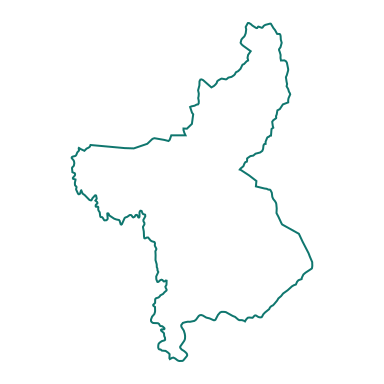 Gia Nghia, Đắk Nông, Vietnam
{"feature_id": "81297802B66925040014305", "entity_name": "Gia Nghia", "entity_type": "district", "adm_level": 2, "iso_a3": "VNM", "parent_name": "Vietnam", "parent_adm1": "Đắk Nông", "projection": "natural_earth1", "projection_center": [107.695, 12.013], "detail": "fine", "context": "isolated", "style": "outline", "palette": "teal", "viewbox_px": 384, "rotation_deg": 0, "n_neighbors": 0, "source": "geoboundaries", "source_scale": "gbopen_adm2", "svg_char_len": 5962}
<svg xmlns="http://www.w3.org/2000/svg" viewBox="0 0 384 384"><path d="M245.0,321.4L246.2,319.4L247.7,317.8L249.1,317.5L252.4,317.8L252.8,317.6L254.1,316.1L255.1,315.4L256.0,315.5L258.2,316.9L259.1,317.2L260.2,317.4L261.6,317.2L262.2,316.4L263.3,314.3L265.0,312.5L269.2,309.1L269.9,307.6L270.8,306.6L271.6,306.0L272.9,305.4L273.9,304.4L277.1,300.6L278.4,298.4L281.1,296.1L283.1,293.5L287.6,290.3L292.0,286.3L293.9,285.2L295.9,284.5L297.1,281.7L298.5,280.2L301.6,279.1L301.9,277.6L303.4,274.5L305.5,272.7L311.7,268.6L312.0,268.1L312.3,265.9L312.2,262.1L309.8,256.5L308.6,253.3L302.6,241.7L298.9,233.8L282.2,224.5L281.6,223.6L278.3,216.5L276.5,213.1L276.7,208.4L276.3,204.1L276.0,202.9L275.1,201.3L273.3,199.1L272.5,197.4L272.3,196.8L271.8,192.7L270.5,190.2L269.9,189.7L268.3,189.6L266.7,188.8L264.5,188.5L255.9,186.4L256.4,181.0L249.1,175.4L240.7,169.9L239.8,169.6L240.5,168.6L243.4,166.2L244.4,163.6L245.3,162.2L245.6,162.0L246.8,161.7L247.1,160.7L247.1,158.5L247.4,158.2L250.4,156.1L253.3,155.6L255.5,153.7L260.1,152.5L262.3,150.9L263.1,148.9L263.5,145.3L264.4,144.0L265.6,143.9L265.6,141.7L267.1,137.9L267.6,137.2L268.7,136.9L269.8,135.8L271.0,135.6L271.5,129.2L271.7,128.8L273.3,127.7L272.8,126.1L272.2,121.8L273.2,120.3L276.1,118.2L276.2,117.7L276.0,116.1L276.7,114.5L277.4,110.4L279.8,109.1L282.9,104.4L288.2,102.4L288.2,100.0L288.5,98.3L290.2,94.4L289.9,93.3L288.9,91.6L288.2,89.1L286.6,86.3L287.1,84.0L286.6,81.9L285.9,77.2L286.8,75.2L288.1,70.6L288.2,69.2L286.9,62.8L286.1,61.4L284.5,60.4L281.0,60.5L280.5,58.0L280.6,55.0L279.9,52.4L279.0,49.9L279.1,49.2L280.5,47.2L281.7,42.8L280.8,39.6L280.6,36.0L280.3,34.9L280.1,34.4L279.6,34.0L277.1,33.9L275.0,30.0L273.5,28.2L270.9,23.8L270.2,23.6L265.3,24.9L263.7,25.9L262.6,27.5L261.9,27.8L258.5,26.6L258.1,26.7L257.2,28.0L256.7,28.1L256.0,27.9L252.3,25.5L250.8,24.1L248.9,23.0L247.8,23.1L245.7,27.0L246.2,29.3L245.7,33.3L244.7,35.8L244.1,36.7L242.6,38.1L241.4,39.6L240.6,42.8L241.6,44.4L243.2,45.8L250.7,51.2L248.1,54.9L247.5,58.0L247.9,59.1L248.1,60.5L246.6,61.3L244.1,64.0L242.5,64.7L240.5,68.8L238.2,71.1L235.9,72.3L234.8,74.4L233.9,75.3L231.5,76.9L228.4,77.6L226.8,79.0L226.0,79.4L221.7,78.6L220.9,78.9L218.4,80.3L217.2,81.3L216.7,83.0L215.5,84.5L213.9,86.0L211.4,87.4L203.2,80.2L201.6,79.4L200.4,79.6L199.5,81.3L199.4,85.4L198.1,90.3L198.8,93.6L198.6,96.3L198.2,98.0L198.8,101.1L198.7,103.3L198.0,104.4L196.6,104.6L194.6,105.7L191.3,106.4L190.1,107.0L192.0,112.7L193.2,114.3L191.9,123.9L186.9,128.7L183.5,128.5L183.5,130.1L184.3,132.7L185.5,135.3L171.3,135.3L169.7,139.8L168.5,141.0L164.2,139.9L154.4,138.2L152.9,138.7L152.2,139.1L147.3,143.8L133.8,148.4L124.7,148.1L90.5,145.0L90.0,146.3L89.6,146.9L88.5,147.7L86.6,148.6L84.4,150.8L80.8,149.1L78.9,147.9L78.7,148.2L79.0,150.2L78.9,150.7L77.3,152.4L76.3,154.9L75.9,155.5L75.2,156.0L72.7,156.6L71.9,157.1L71.7,157.5L71.7,158.1L73.7,160.5L74.1,161.8L74.3,163.2L73.9,165.5L73.5,166.2L72.4,167.2L72.0,168.0L72.4,172.2L74.7,173.2L75.1,174.1L74.9,175.4L72.9,177.8L72.9,178.6L73.3,178.9L75.5,179.5L75.5,180.0L74.9,182.6L74.9,184.2L75.1,185.4L76.4,186.7L76.5,187.7L76.2,188.4L76.1,189.5L77.9,193.4L78.4,194.1L78.9,194.3L79.9,193.8L80.2,193.2L81.0,190.5L81.3,190.4L82.6,193.6L84.7,195.1L89.4,199.9L90.5,200.3L91.3,200.3L91.7,199.8L92.4,198.3L95.0,195.4L95.7,195.3L96.1,195.6L96.7,198.5L96.5,199.1L95.4,200.6L97.1,202.0L97.4,202.8L97.4,203.3L96.0,204.7L95.7,205.2L95.7,206.4L96.1,206.8L97.7,206.6L98.1,206.9L98.3,207.3L98.2,209.2L98.5,210.5L99.7,212.3L100.2,216.2L100.5,216.9L100.9,217.1L102.0,217.1L102.6,217.6L104.2,220.2L104.7,220.4L106.5,220.2L107.5,219.2L107.7,218.5L107.3,214.2L107.3,213.5L107.7,213.3L108.0,213.3L108.5,213.6L109.4,215.5L114.2,218.7L116.4,219.5L119.0,220.0L119.6,220.7L120.7,224.3L121.3,224.6L121.9,224.2L124.6,218.1L125.3,217.5L127.3,216.8L129.6,215.1L130.9,215.0L131.5,215.4L132.8,217.2L133.3,217.4L134.6,216.8L135.6,215.1L136.7,214.9L137.2,215.2L138.2,217.2L138.5,217.5L139.2,217.4L139.5,216.7L139.5,212.2L140.3,210.8L140.7,210.7L141.6,211.0L142.5,213.3L143.0,214.0L145.1,214.7L145.3,216.2L144.8,217.3L143.4,219.8L143.4,220.6L143.5,221.4L144.4,222.9L144.4,224.4L143.0,226.8L143.0,227.3L143.8,231.5L144.0,236.3L144.3,238.1L144.6,238.3L145.3,238.3L147.0,237.5L148.1,237.5L150.6,240.5L151.9,241.3L154.4,242.0L155.0,243.2L154.8,245.4L155.1,246.3L156.3,248.6L156.3,249.4L155.4,251.2L155.6,255.1L155.5,260.1L156.7,264.3L156.8,267.2L157.4,268.5L157.5,270.4L158.3,272.0L156.2,276.5L156.3,279.1L156.7,280.3L157.4,281.9L157.8,282.0L158.5,281.8L160.1,280.3L161.4,279.7L162.4,280.0L163.7,281.4L164.6,281.4L165.8,280.5L166.6,280.7L166.5,284.3L166.3,285.2L165.4,286.6L165.6,287.6L166.6,289.6L166.6,290.2L166.4,290.6L164.3,292.4L163.1,293.9L160.3,295.4L159.8,296.3L158.5,297.5L156.1,298.2L155.2,299.2L155.1,302.9L153.2,304.8L153.2,305.4L153.4,305.8L155.0,307.0L155.1,311.1L154.9,312.3L154.3,314.1L152.1,316.6L151.0,319.5L151.0,321.0L151.7,322.1L152.3,322.5L153.1,323.0L157.9,323.2L159.0,323.9L160.0,325.7L160.4,326.0L162.1,326.2L162.9,326.7L164.3,328.0L164.5,328.5L164.4,329.0L164.0,329.3L161.6,329.4L161.0,329.9L161.1,330.6L163.7,332.9L164.0,333.4L164.2,336.0L165.0,337.8L165.1,339.8L164.6,340.3L161.7,341.2L159.6,342.7L158.7,343.7L158.3,345.1L158.2,347.3L158.5,348.5L158.9,349.1L159.4,349.4L160.6,349.5L161.9,350.6L165.6,350.9L168.3,352.8L169.6,354.2L169.4,358.2L169.9,359.1L172.0,357.9L173.4,357.6L175.2,358.5L177.6,360.4L179.2,361.0L182.4,360.9L183.3,360.4L186.6,356.4L187.1,355.6L187.2,355.0L186.8,353.6L185.6,352.3L183.9,350.9L181.6,349.5L180.2,347.7L180.2,346.6L184.1,341.0L184.7,339.8L185.0,338.7L185.1,336.2L184.8,333.9L183.8,330.6L181.6,327.2L181.2,325.9L181.3,325.0L182.9,322.9L185.3,322.2L187.8,321.7L190.0,321.8L194.4,320.9L196.0,319.7L198.7,316.0L199.7,315.3L201.1,315.0L202.8,315.5L206.3,317.6L209.6,318.4L213.6,320.2L214.7,320.2L215.5,319.7L218.0,314.9L220.1,312.5L221.5,311.9L224.2,311.9L225.8,312.1L232.6,315.9L235.1,316.9L238.1,319.5L239.2,320.1L241.9,320.1L244.3,320.9L245.0,321.4Z" fill="none" stroke="#0f766e" stroke-width="2"/></svg>